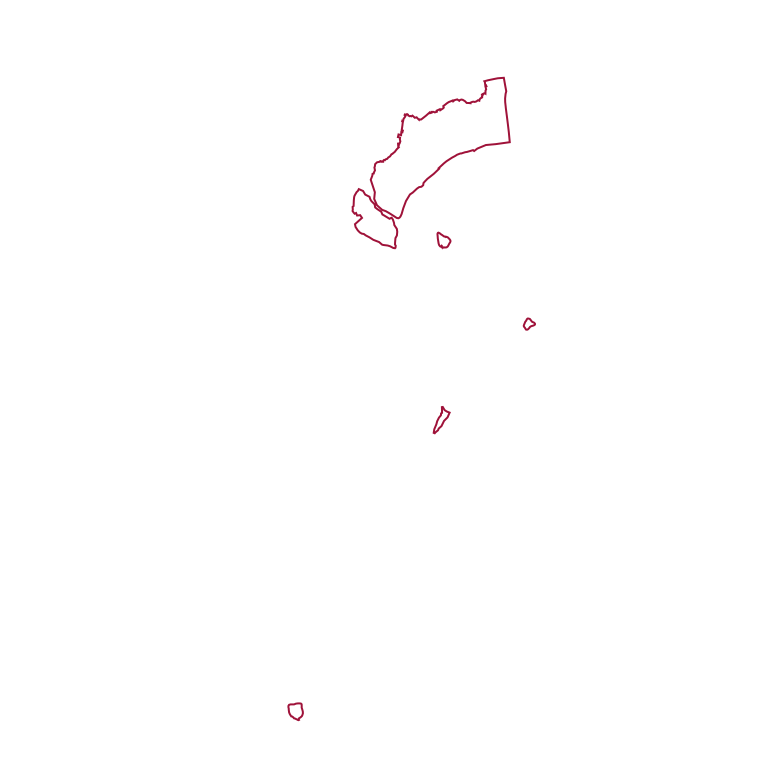 Kolofo'ou, Tonga (Robinson projection), rotated 134°
{"feature_id": "48082658B76905372739919", "entity_name": "Kolofo'ou", "entity_type": "district", "adm_level": 2, "iso_a3": "TON", "parent_name": "Tonga", "parent_adm1": "", "projection": "robinson", "projection_center": [-175.151, -21.107], "detail": "fine", "context": "isolated", "style": "outline", "palette": "rose", "viewbox_px": 768, "rotation_deg": 134, "n_neighbors": 0, "source": "geoboundaries", "source_scale": "gbopen_adm2", "svg_char_len": 4895}
<svg xmlns="http://www.w3.org/2000/svg" viewBox="0 0 768 768"><g transform="rotate(134 384 384)"><path d="M96.5,522.1L96.8,521.1L98.8,518.6L98.2,518.2L98.7,517.1L99.6,517.6L101.1,515.2L102.4,514.8L104.6,512.8L104.7,513.5L105.6,514.0L106.2,513.8L106.7,514.4L107.7,514.6L108.1,513.4L109.0,513.5L109.7,512.5L111.4,513.0L112.9,512.9L114.0,512.2L114.6,513.5L116.7,513.9L117.2,514.2L118.1,514.7L118.9,515.9L119.8,516.5L121.7,517.3L122.0,516.9L122.9,518.1L124.4,519.8L124.3,522.2L124.9,524.8L125.7,526.0L127.2,526.7L128.0,526.6L128.4,529.0L130.7,530.4L132.6,530.6L132.2,531.5L133.2,531.9L136.3,533.3L138.6,533.8L140.3,534.0L142.9,534.4L143.7,533.0L144.8,533.0L148.0,533.7L147.5,534.7L150.8,536.0L151.4,535.1L153.3,536.1L153.8,537.4L155.2,538.8L155.7,538.2L156.1,538.4L157.2,539.0L157.0,539.8L162.0,540.2L167.8,541.0L168.2,541.2L169.1,542.5L169.6,542.3L169.6,544.7L169.5,545.8L171.1,546.8L171.1,548.8L171.2,550.0L172.4,550.2L172.8,551.1L173.6,551.6L174.0,553.2L173.6,553.8L173.8,554.8L174.5,555.3L175.4,555.0L175.7,556.2L176.2,556.0L175.9,554.9L177.8,554.3L179.5,554.2L181.6,552.9L181.9,553.7L182.4,553.4L182.0,552.7L183.9,551.4L185.3,550.3L187.1,549.0L189.1,547.6L188.6,546.5L190.2,545.6L190.8,546.5L193.1,544.6L194.4,546.9L196.7,545.5L195.6,543.6L197.1,542.4L198.1,540.8L200.1,539.9L201.3,540.9L202.3,539.8L201.8,539.3L203.1,538.4L203.4,538.6L203.8,538.3L203.7,537.8L206.1,537.9L209.6,537.5L211.8,537.8L212.6,537.8L213.5,538.2L216.1,537.8L218.2,538.3L219.8,538.1L221.3,538.9L222.4,538.8L222.8,539.6L223.9,539.7L224.7,539.0L225.8,540.1L225.8,541.1L226.2,541.5L226.8,541.2L229.3,543.0L232.0,543.1L233.9,541.7L234.9,541.3L236.6,538.9L239.1,538.1L239.7,537.6L240.8,538.2L242.0,537.3L242.5,537.0L246.3,535.4L252.4,523.8L257.7,519.6L260.3,513.2L260.0,506.3L258.4,502.7L257.4,498.7L256.5,494.3L255.7,490.2L254.8,488.8L253.6,488.4L252.1,488.5L249.5,489.4L244.2,492.2L237.1,495.3L229.6,497.0L226.3,496.3L220.5,496.0L218.0,495.5L216.1,494.1L213.8,493.9L212.0,495.2L210.1,495.3L206.2,495.3L199.8,494.4L198.3,494.2L191.1,493.9L190.8,493.9L190.8,494.6L183.8,494.2L180.4,493.8L173.9,492.3L170.5,491.2L168.3,490.7L165.1,489.2L164.4,488.5L161.0,486.7L159.4,485.5L157.3,484.3L153.9,482.4L153.8,481.0L149.8,480.4L141.3,476.7L133.9,470.3L122.7,461.5L116.1,469.2L111.2,475.2L106.6,480.9L100.6,488.4L100.4,488.6L97.0,492.7L94.4,495.3L90.8,498.1L88.5,499.4L84.8,504.6L80.5,510.5L85.0,514.5L88.3,516.8L93.3,520.2L96.5,522.1ZM285.3,486.1L285.1,482.2L284.5,481.1L281.8,477.5L280.7,475.3L279.7,471.8L278.7,470.4L278.0,470.4L276.4,471.6L276.0,473.0L274.2,474.6L271.1,477.1L268.2,477.9L265.3,480.2L263.5,482.5L262.5,487.0L261.1,488.8L259.5,491.9L259.1,494.0L259.7,494.3L261.3,494.8L262.8,501.5L263.2,502.9L262.0,505.6L262.8,510.1L263.1,513.0L261.3,515.5L261.2,518.3L261.2,520.0L260.7,522.0L259.4,524.5L260.8,529.1L259.7,533.1L261.3,537.5L263.3,536.9L265.0,537.0L267.8,536.3L269.0,536.0L270.3,535.3L272.6,533.5L277.1,529.5L278.4,529.6L280.2,527.6L281.4,526.8L281.8,524.8L281.9,523.4L280.4,522.9L281.5,520.4L279.1,518.4L279.8,515.2L289.2,515.9L290.8,513.5L291.7,509.6L291.8,506.7L291.3,504.5L290.1,502.7L289.8,500.4L288.6,496.3L287.7,491.8L285.3,486.1ZM674.9,216.7L674.0,218.4L672.9,219.4L671.6,220.8L671.6,221.8L672.5,223.0L673.5,224.0L675.1,225.3L676.9,226.1L679.3,228.6L680.7,229.4L682.0,229.1L683.1,228.0L683.7,227.0L684.5,226.2L686.1,224.2L686.8,222.7L687.2,221.2L687.5,219.8L687.1,219.4L686.8,217.6L687.0,216.5L686.4,215.5L686.2,214.8L685.9,213.9L685.7,213.4L685.5,212.9L685.5,212.5L685.1,211.9L684.7,211.8L684.5,212.6L683.3,212.9L682.0,212.5L680.8,212.4L679.8,212.4L678.7,212.8L677.2,213.6L676.0,214.9L674.9,216.7ZM359.0,316.9L360.1,319.5L360.7,322.2L359.7,325.8L360.4,326.3L364.4,322.2L365.5,322.5L367.0,321.3L370.0,321.1L373.8,319.9L376.7,318.3L381.6,316.4L384.6,314.3L384.2,313.3L383.0,313.4L379.8,313.0L378.0,313.7L374.4,313.4L368.8,315.2L363.9,315.1L359.0,316.9ZM234.4,440.5L234.8,441.4L235.3,441.6L235.3,442.1L235.4,442.3L235.6,442.3L235.7,442.5L236.0,443.2L236.1,443.4L236.2,443.5L236.2,444.0L236.3,444.4L236.3,444.5L236.4,445.2L236.4,445.5L236.6,446.3L236.7,446.5L236.7,447.1L236.8,447.4L236.8,448.1L236.8,448.3L237.2,449.8L237.5,450.1L237.9,450.2L238.9,449.8L240.3,448.2L242.0,446.3L245.0,442.3L245.6,441.2L245.8,440.7L246.0,439.3L245.8,438.6L245.4,438.2L244.9,438.4L244.5,438.5L244.5,438.3L245.4,437.6L245.5,437.2L245.0,436.8L244.9,436.5L245.0,436.3L244.8,436.3L244.1,435.9L243.9,435.4L243.5,435.1L243.0,434.5L242.2,433.9L241.1,433.7L240.1,433.8L237.2,434.7L236.5,434.7L235.3,435.2L234.6,436.0L234.3,437.3L234.2,439.9L234.4,440.5ZM238.5,317.3L237.3,316.8L236.4,316.7L235.8,317.2L235.6,318.2L235.7,319.0L236.2,320.1L236.4,320.9L236.2,322.1L235.9,324.3L236.5,325.4L236.9,326.0L237.4,326.2L238.3,326.2L239.6,325.7L241.1,325.6L242.6,325.0L244.8,324.1L245.5,323.3L245.6,322.0L246.2,319.7L245.6,318.8L244.6,318.4L243.0,318.4L241.5,318.6L240.2,318.3L238.5,317.3Z" fill="none" stroke="#9f1239" stroke-width="2"/></g></svg>